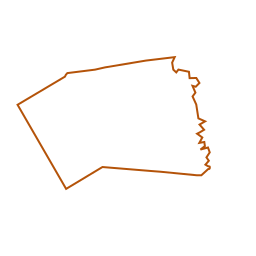 Indiana, Pennsylvania, United States of America, rotated 239°
{"feature_id": "52423323B69347257455112", "entity_name": "Indiana", "entity_type": "district", "adm_level": 2, "iso_a3": "USA", "parent_name": "United States of America", "parent_adm1": "Pennsylvania", "projection": "mercator", "projection_center": [-79.208, 40.641], "detail": "fine", "context": "isolated", "style": "outline", "palette": "amber", "viewbox_px": 256, "rotation_deg": 239, "n_neighbors": 0, "source": "geoboundaries", "source_scale": "gbopen_adm2", "svg_char_len": 749}
<svg xmlns="http://www.w3.org/2000/svg" viewBox="0 0 256 256"><g transform="rotate(239 128 128)"><path d="M164.7,204.5L176.6,178.0L191.8,139.5L195.0,129.8L206.3,104.3L205.6,102.1L204.5,100.4L204.8,45.3L107.7,43.6L107.7,86.0L78.7,126.4L73.8,133.3L52.0,162.7L49.7,166.5L51.5,175.5L51.1,176.6L51.2,177.0L51.7,177.6L52.7,178.1L52.9,178.1L54.2,176.8L56.7,175.5L58.3,180.4L62.4,180.1L65.0,185.5L70.1,186.5L72.2,179.0L72.9,184.6L76.7,186.2L78.5,181.5L81.6,186.8L87.5,184.3L87.3,187.1L87.3,192.3L94.1,191.1L94.0,197.5L100.0,193.3L113.0,198.6L121.8,199.6L123.6,204.0L130.9,205.0L128.5,207.3L129.8,212.4L135.7,212.3L139.0,206.5L144.8,209.2L152.1,201.3L150.8,198.0L154.7,196.9L161.3,199.5L164.7,204.5Z" fill="none" stroke="#b45309" stroke-width="2"/></g></svg>